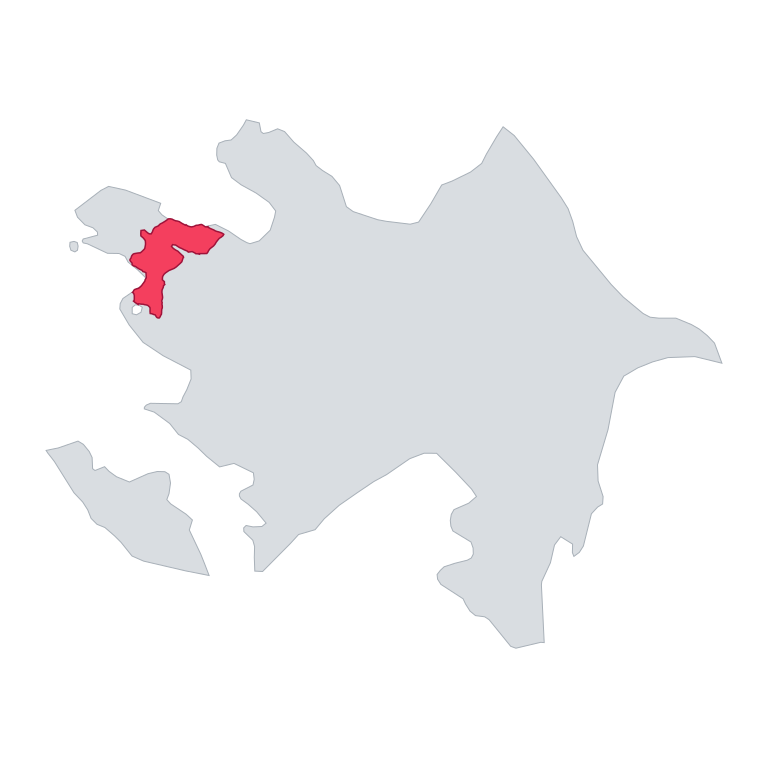 location of Tovuz District, Tovuz, Azerbaijan
{"feature_id": "54616110B84187356839814", "entity_name": "Tovuz District", "entity_type": "district", "adm_level": 2, "iso_a3": "AZE", "parent_name": "Azerbaijan", "parent_adm1": "Tovuz", "projection": "natural_earth1", "projection_center": [45.767, 40.907], "detail": "fine", "context": "in_parent", "style": "filled", "palette": "rose", "viewbox_px": 768, "rotation_deg": 0, "n_neighbors": 0, "source": "geoboundaries", "source_scale": "gbopen_adm2", "svg_char_len": 5777}
<svg xmlns="http://www.w3.org/2000/svg" viewBox="0 0 768 768"><path d="M544.2,642.6L540.8,642.3L515.9,648.2L510.7,646.3L489.1,619.7L484.7,616.8L475.5,615.6L470.1,611.2L465.6,604.1L463.1,598.8L440.9,584.4L437.6,579.2L437.1,574.5L440.3,570.4L444.1,566.8L454.8,563.3L467.3,560.2L471.3,558.0L473.3,554.1L473.1,548.0L471.0,542.0L452.9,531.0L450.9,526.2L450.3,520.4L451.3,514.4L454.0,509.6L468.7,503.2L476.5,496.5L471.5,489.0L455.5,472.0L436.6,453.3L424.1,453.2L409.7,458.7L386.6,474.6L373.9,481.5L357.3,492.7L339.2,505.3L324.3,518.7L315.1,529.7L298.6,534.5L290.2,543.7L262.6,571.5L254.8,571.1L254.3,557.4L254.6,546.5L252.8,540.2L243.9,531.6L243.7,527.9L246.1,525.5L253.0,526.9L261.9,526.5L266.1,523.1L256.6,511.7L248.1,504.2L241.0,499.0L239.4,496.0L239.4,493.8L240.9,491.2L253.0,485.0L254.2,479.3L253.4,472.8L234.0,463.4L219.6,466.9L206.6,456.3L198.2,448.1L187.8,439.3L178.5,434.5L169.7,423.5L154.2,412.1L144.3,408.9L144.4,407.2L146.3,405.1L150.4,403.3L177.9,403.8L181.3,401.7L183.0,396.9L186.8,389.7L191.1,379.0L190.8,370.1L163.1,355.7L143.1,342.4L129.2,325.0L119.8,309.0L120.2,303.6L122.9,298.5L144.3,283.8L145.8,280.0L145.3,277.4L137.7,269.9L128.1,262.1L125.1,256.4L119.0,253.5L107.5,253.3L87.4,243.8L83.2,242.9L82.2,241.0L83.2,239.0L97.6,235.2L97.4,232.0L93.0,227.8L84.9,224.8L77.5,217.2L74.9,210.3L100.9,190.4L108.6,186.4L125.5,190.1L160.7,203.3L158.3,210.6L161.9,214.8L170.0,220.4L185.5,226.1L198.7,229.0L205.3,226.5L215.4,224.4L228.6,231.0L240.7,239.3L246.8,242.6L250.0,243.7L259.2,240.9L270.2,230.2L274.5,217.2L275.7,211.0L269.2,202.4L256.0,193.0L241.1,184.8L231.5,177.6L225.4,163.4L219.3,161.8L217.7,159.9L216.7,155.1L216.9,148.3L219.0,143.1L225.0,140.8L231.1,140.0L236.6,135.0L243.4,125.2L246.3,119.8L259.3,122.9L261.0,131.7L263.3,133.5L268.7,132.5L277.6,128.8L284.6,131.6L293.8,142.1L306.5,153.1L313.3,160.5L316.1,165.6L322.5,170.5L332.0,176.4L339.6,185.5L346.4,206.7L353.2,211.6L377.6,219.7L386.2,221.3L410.2,224.2L418.6,222.1L430.8,203.8L441.7,185.0L452.0,181.1L470.6,172.0L481.7,163.4L486.4,154.1L496.7,136.6L503.1,126.8L514.2,135.5L533.6,159.2L561.3,197.8L568.1,208.7L572.7,221.4L576.6,236.7L583.0,250.3L611.2,284.5L623.3,297.1L643.1,313.5L650.1,317.2L659.2,318.2L676.0,318.2L691.5,324.6L699.3,329.1L707.3,335.6L714.5,343.1L721.9,363.2L694.9,356.6L667.9,357.6L652.6,361.9L637.9,367.8L623.8,376.1L615.1,392.3L608.0,429.7L597.5,464.8L598.1,481.0L603.1,496.6L602.6,504.0L597.6,507.1L591.4,513.8L583.4,546.0L579.3,552.4L573.9,556.4L572.4,552.6L572.6,544.1L560.7,536.7L554.5,545.0L550.4,562.8L541.8,581.4L541.4,585.0L544.2,642.6ZM141.0,312.3L142.3,307.3L138.9,305.1L135.3,304.9L132.2,307.4L132.2,313.7L136.5,314.8L141.0,312.3ZM52.0,458.4L47.9,453.2L46.1,450.4L58.1,448.0L78.0,441.1L83.4,444.4L89.2,451.5L92.1,457.5L92.6,468.7L95.0,470.5L104.6,466.7L109.0,471.3L116.4,476.7L129.4,482.0L148.0,473.7L157.3,471.5L164.9,471.7L169.0,474.3L170.5,483.0L169.0,493.7L166.8,499.6L170.7,503.9L186.1,514.2L192.4,520.0L189.3,530.0L200.8,554.3L204.6,563.8L209.1,575.5L185.7,570.9L143.6,561.1L132.0,556.0L121.1,542.4L114.6,535.9L104.9,527.5L97.0,524.3L91.1,518.4L87.7,509.8L82.7,502.0L74.0,492.8L54.5,461.7L52.0,458.4ZM77.5,250.2L74.9,251.9L70.9,250.2L69.7,246.3L70.0,242.3L74.0,241.4L77.2,242.5L78.1,246.1L77.5,250.2Z" fill="#d9dde1" stroke="#a8b0b8" stroke-width="1"/><path d="M207.8,226.7L206.4,226.9L205.2,226.8L203.7,225.7L201.7,224.5L200.2,224.6L198.0,225.2L196.1,225.3L193.9,226.4L191.5,226.9L189.8,226.6L187.6,225.9L186.0,224.7L185.4,225.2L183.2,224.0L182.2,223.5L180.6,222.5L179.3,221.6L177.2,221.0L175.6,220.8L173.9,220.1L172.0,219.1L170.2,218.8L169.9,218.8L168.7,218.8L167.8,219.2L166.5,220.3L165.0,221.3L162.4,222.9L160.3,223.9L158.1,226.0L155.0,227.3L153.6,228.9L153.0,230.1L152.3,232.1L151.1,233.9L149.2,233.8L147.6,232.8L144.4,230.0L141.0,230.5L140.8,233.6L140.9,235.9L143.5,238.2L145.3,240.6L145.5,243.0L145.5,244.3L145.3,245.7L144.8,248.3L144.1,249.4L141.6,251.8L140.3,252.8L138.0,253.0L135.6,253.4L134.0,253.7L132.8,254.4L131.6,256.0L131.0,258.0L130.0,259.4L130.0,260.4L130.0,260.6L131.5,262.5L132.1,263.2L132.1,264.7L133.4,265.8L135.5,266.5L137.2,267.7L139.2,269.0L142.1,270.4L142.8,271.5L144.8,272.1L146.0,272.8L146.1,274.3L146.3,277.8L145.1,279.8L144.8,281.2L144.1,282.1L143.5,283.0L142.4,284.4L141.7,285.5L140.7,286.5L139.5,287.6L138.5,288.3L137.0,288.7L134.9,289.4L133.8,290.3L133.0,292.1L132.6,292.4L132.8,292.5L133.8,293.7L134.3,295.5L134.3,297.5L134.3,299.1L134.1,300.6L133.5,301.1L135.4,302.7L138.2,304.5L138.4,303.8L140.2,304.0L141.9,304.2L143.0,304.2L144.7,304.7L146.2,304.9L147.8,305.4L148.7,306.2L149.9,307.4L150.1,308.7L150.0,311.3L150.2,313.5L152.1,313.8L153.9,314.6L155.1,314.8L155.8,315.9L156.3,316.8L157.1,317.6L158.1,318.0L159.4,317.9L159.5,317.8L160.3,316.4L160.8,315.2L161.4,314.4L161.6,312.7L161.6,311.4L161.8,309.2L162.3,307.9L162.3,306.4L162.2,305.2L161.9,304.1L162.2,302.8L161.7,300.9L162.2,299.5L162.6,297.8L162.5,296.2L162.3,295.0L161.9,292.1L162.1,289.8L162.7,288.6L163.3,287.2L163.5,285.7L164.8,284.5L164.4,283.8L164.4,281.7L162.4,279.8L162.4,278.8L162.6,276.6L163.9,274.4L165.5,272.9L169.0,270.5L174.1,268.4L176.3,266.9L178.4,265.0L180.2,263.4L181.8,261.8L182.4,260.0L182.8,258.7L183.3,257.4L183.5,257.4L183.3,256.3L181.5,254.7L179.8,253.1L177.9,251.2L175.6,250.0L173.3,248.4L171.5,246.4L172.6,244.6L174.1,244.9L175.6,245.0L177.7,246.4L179.6,247.6L181.9,248.6L183.6,249.5L185.1,250.2L187.1,251.0L188.3,252.1L192.2,251.6L194.9,253.0L195.8,253.7L197.8,253.8L199.4,254.2L199.3,253.6L201.7,253.6L203.9,253.6L206.8,253.5L207.7,252.4L208.6,250.6L210.0,248.7L213.5,246.0L215.1,244.1L216.1,242.3L217.7,240.2L219.3,238.3L221.0,237.3L223.0,235.7L223.8,234.3L223.6,234.1L222.0,233.1L220.6,232.5L218.7,231.9L217.1,231.5L215.3,230.9L213.9,230.0L212.0,229.2L209.9,228.3L207.7,227.0L207.8,226.7Z" fill="#f43f5e" stroke="#9f1239" stroke-width="1.5"/></svg>